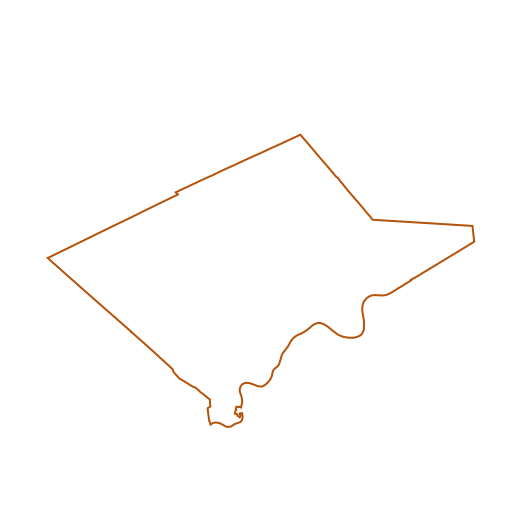 outline of Eemnes, Utrecht, Netherlands, rotated 39°
{"feature_id": "6326949B88613917422763", "entity_name": "Eemnes", "entity_type": "district", "adm_level": 2, "iso_a3": "NLD", "parent_name": "Netherlands", "parent_adm1": "Utrecht", "projection": "orthographic", "projection_center": [5.28, 52.255], "detail": "fine", "context": "isolated", "style": "outline", "palette": "amber", "viewbox_px": 512, "rotation_deg": 39, "n_neighbors": 0, "source": "geoboundaries", "source_scale": "gbopen_adm2", "svg_char_len": 6090}
<svg xmlns="http://www.w3.org/2000/svg" viewBox="0 0 512 512"><g transform="rotate(39 256 256)"><path d="M405.3,96.4L375.5,117.6L344.1,140.0L329.1,150.7L324.0,154.3L323.8,154.4L322.7,154.2L318.9,153.3L318.0,153.3L315.7,152.7L314.3,152.6L313.4,152.3L307.6,151.2L300.8,149.9L299.3,149.6L295.8,149.0L289.1,147.8L282.6,146.6L281.5,146.3L279.5,145.9L279.1,145.7L277.5,145.4L276.8,145.3L275.3,145.0L272.9,144.6L272.0,144.0L269.5,143.8L268.9,144.0L267.6,143.8L264.4,143.2L263.7,142.8L262.8,142.9L261.5,142.6L256.8,141.7L254.3,141.2L248.8,140.3L247.6,140.1L236.1,137.9L226.2,136.0L222.8,135.4L214.1,133.8L213.8,134.4L213.7,134.8L213.1,135.9L211.9,138.5L207.4,147.6L206.0,150.5L205.0,152.6L202.1,158.2L200.9,160.8L200.3,161.8L194.9,173.0L194.4,174.1L193.6,175.5L192.7,177.2L191.8,179.0L190.6,181.4L189.6,183.3L187.4,187.8L185.6,191.4L184.6,193.4L183.8,195.0L183.2,196.4L182.0,198.9L181.7,199.5L181.3,200.2L180.6,201.6L177.5,207.7L174.3,214.4L172.5,218.3L172.1,219.1L170.4,222.6L170.1,223.1L169.6,224.0L169.4,224.3L169.0,225.2L165.3,232.6L163.3,236.9L162.2,239.0L160.7,242.3L154.1,255.8L153.5,257.0L156.6,257.4L155.5,259.8L150.9,269.5L146.1,279.7L145.0,282.1L144.6,283.0L143.1,286.2L141.9,288.7L140.6,291.6L138.6,295.9L137.6,298.2L134.3,305.3L132.2,309.8L128.9,316.7L124.3,326.5L119.5,336.8L118.5,338.9L112.7,351.4L112.2,352.6L110.0,357.3L107.7,362.2L105.3,367.4L105.0,368.1L103.3,371.7L95.4,388.6L100.7,388.9L108.9,389.3L133.7,390.4L167.3,391.8L187.7,392.6L206.2,393.3L206.9,393.4L207.1,393.8L208.0,393.5L208.4,393.5L213.6,393.8L219.4,394.0L221.5,394.1L223.3,394.2L227.8,394.4L243.2,395.2L244.6,395.4L252.4,395.8L257.2,396.1L261.2,396.4L262.9,396.6L263.3,397.0L264.0,397.5L265.0,397.9L265.6,398.2L266.4,398.3L270.7,399.0L273.3,399.4L274.1,399.4L276.3,398.9L276.7,398.9L283.5,398.0L285.6,397.8L287.2,397.6L289.1,397.3L289.6,397.2L291.6,396.4L291.8,396.4L292.3,396.4L294.5,396.4L295.7,396.4L297.3,396.6L298.8,396.8L299.5,396.7L301.1,396.6L301.4,396.6L302.9,396.6L306.8,396.6L308.6,396.6L310.5,396.5L310.9,397.1L311.7,398.0L312.7,399.0L313.9,400.3L315.3,401.7L315.3,401.9L314.6,403.3L314.2,404.7L318.8,409.3L322.9,413.1L323.6,413.8L324.8,414.2L326.8,415.6L327.4,413.6L327.6,413.1L327.9,412.5L328.3,412.0L329.0,411.2L329.6,410.6L329.9,410.4L331.7,409.4L332.9,408.9L333.4,408.7L334.8,408.4L336.9,408.0L339.6,407.5L340.6,407.2L340.8,407.1L341.3,406.9L341.5,406.7L342.2,406.1L342.7,405.6L343.1,405.2L343.4,404.7L343.9,404.1L344.0,403.8L344.1,403.6L345.0,400.6L345.1,400.2L345.2,399.9L345.3,399.8L345.6,399.4L346.5,397.9L347.2,396.7L348.0,395.4L348.3,394.9L348.4,394.7L348.4,394.4L348.5,393.7L348.4,392.9L348.4,392.6L348.3,392.3L348.1,391.8L347.9,391.4L347.4,390.5L346.9,389.8L346.5,389.1L346.2,388.8L345.6,388.3L344.0,386.9L342.5,388.7L343.1,389.1L343.9,389.6L344.2,389.9L344.3,390.0L344.6,390.4L344.7,390.8L344.8,391.2L344.8,391.4L344.6,391.3L343.8,391.5L343.1,391.7L342.7,391.8L342.4,391.8L342.3,391.7L341.7,391.4L341.2,391.0L340.9,390.8L338.7,391.8L337.5,389.2L337.4,388.5L337.3,388.1L337.3,387.9L337.2,387.9L336.9,387.9L336.7,387.3L336.6,387.2L336.2,387.0L336.0,386.3L335.6,385.5L337.2,384.6L337.1,384.4L337.3,384.2L337.6,383.9L338.0,383.8L339.8,383.1L339.5,382.6L338.9,381.6L338.0,379.7L337.6,378.9L337.3,378.5L337.2,378.2L336.6,377.4L336.2,377.0L335.1,376.0L333.5,374.6L333.0,374.3L332.4,373.9L332.0,373.6L330.8,372.9L329.7,372.2L328.7,371.5L328.4,371.2L328.1,370.8L327.6,370.2L327.1,369.5L326.7,368.7L326.4,368.1L326.3,367.5L326.1,366.8L326.0,366.1L326.0,365.7L326.0,365.2L326.1,364.6L326.2,364.2L326.2,363.9L326.5,363.3L326.9,362.5L327.1,362.1L327.3,361.9L327.9,361.2L328.6,360.5L329.3,359.9L329.8,359.5L330.1,359.4L330.6,359.1L332.6,358.2L333.0,358.1L335.3,357.3L338.4,356.3L339.8,355.7L340.2,355.4L341.2,354.9L341.7,354.6L341.9,354.5L342.5,353.8L343.0,353.3L343.3,352.8L343.5,352.3L343.9,351.2L344.2,350.4L344.4,349.2L344.5,348.6L344.7,347.6L344.8,346.6L344.8,345.9L344.8,345.0L344.8,344.4L344.7,343.4L344.7,343.0L344.5,341.8L344.1,340.2L343.8,339.3L342.0,335.8L341.9,335.5L341.6,334.7L341.5,334.4L341.4,333.7L341.4,333.0L341.4,332.7L341.4,332.3L341.4,332.0L341.5,331.4L342.2,328.4L342.2,328.1L342.3,327.6L342.3,327.4L342.2,326.9L342.2,326.5L342.1,326.2L341.8,325.1L341.6,324.4L341.3,323.8L340.7,322.2L339.5,319.4L339.0,318.2L338.7,317.6L338.5,317.0L338.3,316.2L338.1,315.2L337.9,314.5L337.9,313.8L337.9,313.2L337.9,312.2L337.8,307.4L337.7,306.0L337.5,304.8L337.0,302.3L336.8,300.9L336.7,299.6L336.6,298.9L336.6,298.2L336.7,296.6L336.8,295.6L336.9,295.2L337.2,293.9L337.7,292.3L338.2,291.2L338.9,289.7L339.5,288.7L340.3,287.0L340.7,285.9L341.0,285.1L342.0,282.2L342.2,281.5L342.5,280.6L342.5,280.2L342.6,279.5L343.0,277.8L343.4,275.4L343.5,274.8L343.7,274.0L344.0,273.0L344.2,272.5L344.8,271.4L345.2,270.6L345.7,269.8L346.0,269.3L346.2,269.0L346.7,268.6L347.4,268.1L347.8,267.8L349.1,267.2L350.4,266.7L351.6,266.4L352.2,266.2L354.1,266.0L356.5,265.7L357.0,265.7L361.7,265.8L365.9,265.7L367.5,265.6L369.0,265.5L370.5,265.2L371.3,265.0L373.1,264.4L374.8,263.8L375.1,263.7L377.3,262.5L378.8,261.5L379.8,260.9L382.0,259.2L382.7,258.7L383.1,258.3L383.9,257.3L384.8,256.2L385.2,255.6L386.5,253.4L386.6,253.2L386.8,252.8L387.0,251.9L387.2,251.1L387.3,250.8L387.3,250.4L387.2,249.9L387.1,248.7L386.9,247.8L386.7,246.9L386.5,246.5L386.2,245.6L385.9,245.1L385.3,244.2L384.3,242.9L383.9,242.4L382.9,241.1L382.2,240.2L380.9,238.7L380.2,238.0L378.2,236.2L374.6,233.1L373.5,232.1L373.0,231.5L372.5,231.0L371.6,229.9L371.1,229.2L370.6,228.4L370.1,227.7L369.8,227.2L369.6,226.6L369.3,226.0L369.1,225.5L368.7,224.3L368.6,223.8L368.5,222.9L368.5,221.9L368.5,221.5L368.5,220.5L368.6,219.1L368.7,218.6L369.0,217.5L369.4,216.3L369.5,216.0L369.9,215.3L370.1,214.9L370.7,214.0L371.0,213.5L371.4,213.0L371.7,212.7L372.8,211.8L373.1,211.5L376.5,209.0L378.7,207.4L379.4,206.8L380.3,205.9L380.6,205.6L381.4,204.7L381.9,204.0L382.3,203.4L382.6,202.8L383.1,201.8L383.4,201.2L384.1,199.5L385.3,196.3L385.4,196.0L385.4,195.8L387.2,190.6L388.0,188.6L389.5,184.1L391.9,177.4L391.3,177.1L393.9,170.9L394.7,168.7L396.7,162.9L398.5,158.1L399.3,155.8L416.6,107.6L405.3,96.4Z" fill="none" stroke="#b45309" stroke-width="2"/></g></svg>